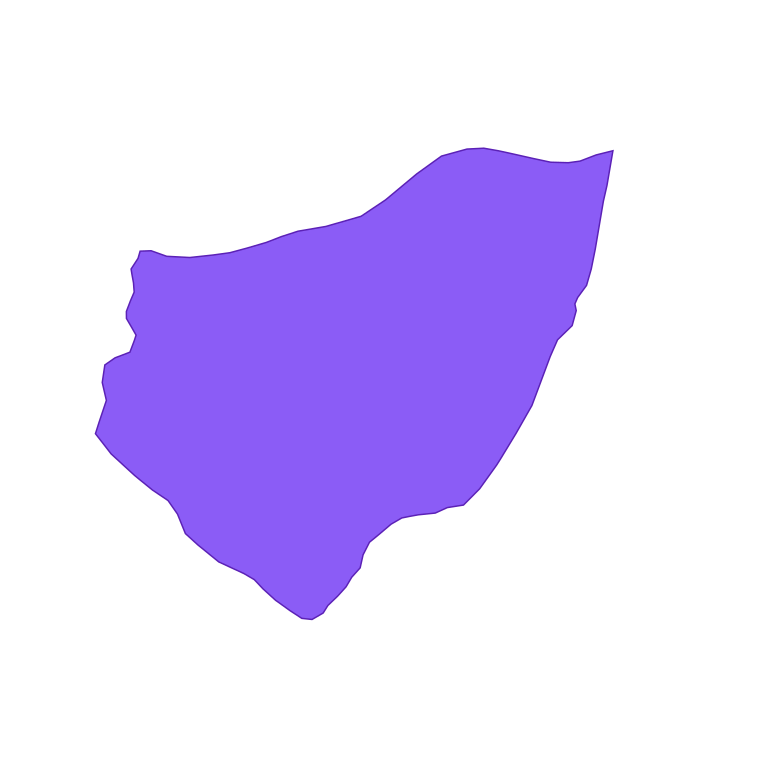 the district of Dweh, Grand Kru, Liberia, rotated 162°
{"feature_id": "62588387B41100614633328", "entity_name": "Dweh", "entity_type": "district", "adm_level": 2, "iso_a3": "LBR", "parent_name": "Liberia", "parent_adm1": "Grand Kru", "projection": "albers", "projection_center": [-8.062, 5.074], "detail": "fine", "context": "isolated", "style": "filled", "palette": "violet", "viewbox_px": 768, "rotation_deg": 162, "n_neighbors": 0, "source": "geoboundaries", "source_scale": "gbopen_adm2", "svg_char_len": 1382}
<svg xmlns="http://www.w3.org/2000/svg" viewBox="0 0 768 768"><g transform="rotate(162 384 384)"><path d="M187.0,381.4L178.5,394.4L177.7,401.2L173.1,406.4L160.9,415.2L151.3,429.4L141.4,447.0L118.9,490.0L110.6,503.9L94.2,535.1L111.5,536.3L128.7,535.4L140.3,537.5L156.9,543.4L172.3,552.3L189.5,562.5L197.5,567.2L203.2,570.5L216.2,577.4L232.5,581.8L258.9,583.0L287.7,573.8L325.7,558.6L354.0,550.6L384.1,551.6L390.5,551.8L418.6,555.9L433.8,555.9L436.1,555.9L452.2,555.0L472.6,555.6L490.1,556.5L506.7,559.5L529.6,564.3L551.2,572.6L564.3,582.7L574.9,585.7L579.1,579.5L589.0,571.5L589.8,566.4L591.0,557.6L593.2,548.6L599.5,541.4L606.6,532.6L608.7,525.9L606.3,514.9L604.7,507.1L607.5,503.2L608.9,501.4L615.8,492.8L631.7,492.0L643.6,488.4L651.5,472.5L653.1,454.2L667.0,435.4L673.8,425.9L669.0,412.7L665.1,401.8L653.2,380.7L649.4,374.0L645.9,368.5L636.9,354.6L625.4,339.9L620.6,324.1L619.1,303.1L610.7,288.4L596.1,265.8L575.7,246.9L567.8,238.0L562.3,226.4L553.9,211.7L552.6,210.0L543.5,197.6L534.6,186.5L525.2,182.3L512.6,185.0L505.8,190.7L493.8,196.5L482.8,202.8L474.4,210.2L463.5,216.5L456.7,228.0L446.7,238.0L434.7,242.7L420.6,248.5L408.5,251.1L400.7,250.2L391.8,249.0L375.1,245.4L369.8,246.0L362.0,246.9L345.8,244.3L325.4,254.8L309.5,266.5L301.9,272.1L295.9,277.1L273.6,296.3L250.0,317.8L217.4,358.8L205.3,372.4L187.0,381.4Z" fill="#8b5cf6" stroke="#5b21b6" stroke-width="1.5"/></g></svg>